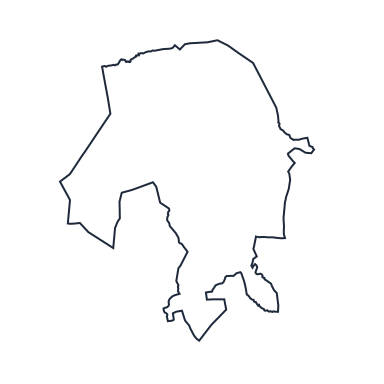 outline of Zurmi, Zamfara, Nigeria, rotated 259°
{"feature_id": "59680162B55239717258244", "entity_name": "Zurmi", "entity_type": "district", "adm_level": 2, "iso_a3": "NGA", "parent_name": "Nigeria", "parent_adm1": "Zamfara", "projection": "robinson", "projection_center": [6.653, 12.856], "detail": "fine", "context": "isolated", "style": "outline", "palette": "slate", "viewbox_px": 384, "rotation_deg": 259, "n_neighbors": 0, "source": "geoboundaries", "source_scale": "gbopen_adm2", "svg_char_len": 4135}
<svg xmlns="http://www.w3.org/2000/svg" viewBox="0 0 384 384"><g transform="rotate(259 192 192)"><path d="M129.0,274.5L133.0,274.1L136.9,274.8L140.3,275.7L147.4,276.6L150.2,277.2L157.6,279.4L164.2,281.3L167.0,282.6L168.1,283.0L168.7,283.2L175.0,286.7L176.6,287.6L185.3,290.7L191.5,291.0L193.7,290.3L198.1,294.9L200.9,298.4L203.2,296.9L209.4,293.6L211.4,293.5L215.3,301.1L213.7,305.7L208.9,310.9L207.3,316.5L210.4,319.9L212.1,318.9L213.2,318.9L214.8,316.1L223.2,315.6L223.3,310.7L222.9,306.3L223.5,304.4L223.7,302.5L223.7,301.5L224.3,301.3L225.1,300.1L226.4,298.9L229.4,298.4L230.7,295.9L233.5,293.8L235.0,293.2L235.8,292.1L237.1,290.8L238.0,290.7L240.4,290.0L241.7,290.8L242.6,290.9L243.7,290.0L244.0,290.3L250.7,291.0L258.7,290.8L307.0,276.6L319.5,264.2L328.9,255.3L336.1,245.9L336.0,235.8L338.4,218.2L338.4,213.2L334.2,207.3L339.3,203.2L337.1,200.4L336.9,197.9L337.8,190.5L337.8,182.3L338.4,180.3L337.8,178.4L338.3,176.6L338.3,175.3L338.0,173.0L337.3,170.4L337.9,169.2L338.0,168.3L337.9,167.5L337.6,167.1L338.0,166.0L336.3,165.9L336.4,165.1L336.7,164.3L336.6,163.0L336.3,162.9L335.9,163.3L335.6,163.0L335.2,161.4L334.6,160.3L334.1,158.9L333.8,157.8L333.0,156.6L332.1,156.7L331.7,156.4L331.4,155.7L331.8,154.5L332.5,154.1L332.5,153.6L332.1,152.5L332.6,151.8L333.6,151.8L334.2,151.5L334.9,150.4L335.1,149.6L334.9,148.7L335.3,148.4L335.7,148.1L335.7,147.7L335.4,147.3L334.4,146.1L333.5,145.5L331.4,143.5L331.6,141.9L331.1,141.4L331.2,140.0L331.8,139.3L331.7,137.9L331.7,135.8L331.9,134.2L331.8,132.9L331.3,131.6L332.4,130.3L332.2,127.6L328.3,127.6L324.5,127.5L300.0,127.3L284.4,126.8L263.8,106.3L252.6,95.2L247.2,89.6L241.8,84.4L232.9,75.6L227.4,64.4L207.4,70.7L184.8,64.1L184.0,66.5L183.4,70.8L183.0,76.0L172.4,82.6L152.0,104.0L155.9,105.1L162.0,106.9L171.4,109.6L177.2,113.4L179.8,116.1L188.1,117.6L196.3,119.0L204.7,122.9L205.2,130.0L205.5,133.4L205.8,135.7L209.0,155.5L204.1,157.9L187.6,158.7L180.1,166.3L178.0,166.2L177.5,165.5L177.2,165.0L176.3,164.7L175.5,164.2L174.8,164.2L174.3,164.5L173.8,164.4L173.2,164.0L172.7,163.5L172.1,163.1L169.2,162.2L167.8,162.7L166.4,163.5L165.2,163.7L162.8,163.7L154.6,168.3L149.5,170.0L145.1,169.6L144.0,170.4L143.0,172.1L139.6,173.5L137.5,174.6L134.1,176.2L122.0,166.7L119.7,164.1L107.6,159.6L103.0,160.9L102.1,160.2L101.0,160.1L100.0,160.2L98.7,159.7L97.4,159.3L94.4,160.3L94.3,159.1L94.2,157.3L93.9,155.2L93.4,153.0L92.3,151.1L90.9,149.3L89.1,148.2L87.6,148.0L85.7,147.9L84.5,147.0L83.7,145.6L83.5,144.4L83.2,141.9L82.4,141.7L80.9,141.8L80.0,141.8L79.0,142.3L78.7,142.5L77.8,143.7L77.0,144.3L76.3,144.4L75.2,144.0L74.8,143.5L69.8,143.7L69.5,147.3L69.7,149.0L70.2,149.8L76.6,150.1L77.5,153.6L77.4,159.5L75.7,159.7L68.5,160.5L66.8,160.8L61.4,163.8L58.0,164.4L50.7,166.6L47.2,168.4L44.7,170.7L57.7,185.4L58.9,187.1L70.0,203.1L80.5,203.2L82.6,192.2L83.5,186.1L90.7,186.5L90.6,191.1L90.3,192.1L90.5,192.8L91.9,193.4L93.7,195.3L95.9,197.4L96.7,201.1L96.6,204.3L97.9,206.1L99.5,207.1L100.4,207.8L102.0,208.4L102.9,210.1L102.6,211.9L102.1,215.2L101.7,216.9L103.7,220.0L104.1,224.1L102.9,224.9L93.9,226.2L87.0,226.4L80.9,226.2L80.5,226.8L79.8,227.3L78.4,228.2L77.3,228.6L76.6,228.9L76.2,229.4L75.5,229.7L75.0,230.3L74.7,231.3L74.1,232.0L73.2,231.9L72.4,232.1L72.0,232.9L71.7,233.8L70.4,234.0L69.5,234.5L69.1,235.0L68.4,234.9L67.8,235.2L67.6,235.6L68.0,236.3L67.8,236.3L66.7,236.6L65.8,237.4L64.5,238.6L63.8,239.6L63.1,240.4L62.1,240.4L61.6,240.9L61.4,242.0L61.5,243.0L61.5,243.4L60.7,244.0L60.0,244.6L59.8,245.3L60.0,246.2L59.6,246.7L59.0,247.9L58.9,248.3L59.3,248.7L59.2,249.6L58.6,250.9L58.0,253.6L64.3,255.1L76.7,255.9L79.9,253.8L84.5,252.5L86.9,252.1L88.7,250.4L89.6,249.5L90.6,248.6L91.5,247.6L92.4,246.6L93.9,246.7L94.6,245.1L95.1,244.8L95.9,245.1L96.6,245.3L97.3,245.0L98.0,244.5L98.8,243.5L98.7,240.5L99.6,239.4L101.2,239.0L105.5,241.6L107.4,241.4L109.2,240.1L107.9,238.5L106.1,237.0L108.4,236.2L110.6,237.7L114.6,239.4L116.4,243.3L124.4,241.4L126.5,242.4L136.0,246.3L135.6,246.8L135.6,247.3L135.3,248.2L134.7,249.6L134.6,250.4L134.7,251.0L134.2,253.6L134.0,254.5L133.1,257.6L132.1,262.7L130.7,266.8L129.5,271.0L129.3,272.4L129.0,274.5Z" fill="none" stroke="#1e293b" stroke-width="2"/></g></svg>